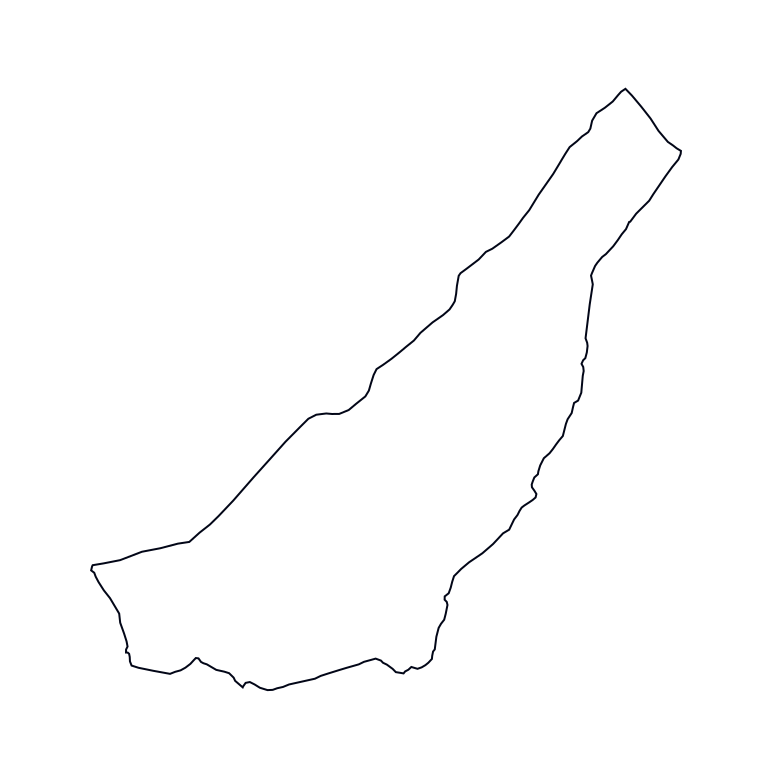 the district of Gällivare, Norrbotten, Sweden, rotated 95°
{"feature_id": "70781695B62555588892194", "entity_name": "Gällivare", "entity_type": "district", "adm_level": 2, "iso_a3": "SWE", "parent_name": "Sweden", "parent_adm1": "Norrbotten", "projection": "mercator", "projection_center": [20.036, 67.205], "detail": "fine", "context": "isolated", "style": "outline", "palette": "ink", "viewbox_px": 768, "rotation_deg": 95, "n_neighbors": 0, "source": "geoboundaries", "source_scale": "gbopen_adm2", "svg_char_len": 3012}
<svg xmlns="http://www.w3.org/2000/svg" viewBox="0 0 768 768"><g transform="rotate(95 384 384)"><path d="M200.9,152.9L192.3,147.6L178.3,135.8L171.5,132.3L152.7,121.8L142.7,115.8L134.7,110.3L128.9,108.5L125.9,108.5L123.7,113.0L121.2,116.8L118.1,122.3L107.9,132.6L96.3,141.6L85.3,151.9L75.0,162.2L68.9,169.2L72.2,173.3L75.7,175.9L82.6,180.7L89.6,188.1L95.7,195.9L103.5,199.6L111.6,200.7L115.3,202.5L120.1,208.3L125.3,212.9L131.8,219.7L138.8,223.4L144.9,226.4L149.1,228.4L160.1,233.8L181.9,246.4L198.2,254.5L206.4,260.0L212.2,263.4L219.3,267.8L226.2,272.2L232.6,279.4L239.8,287.9L243.5,294.0L251.7,300.5L261.9,311.7L266.9,317.4L269.7,319.0L279.8,319.9L287.9,320.0L295.4,320.7L299.0,322.4L304.0,325.2L310.2,331.2L318.4,341.0L329.9,352.2L338.1,358.0L344.9,365.1L350.7,370.9L358.2,378.7L365.0,386.6L369.8,392.7L375.9,395.1L384.7,397.1L391.9,398.5L398.0,401.5L406.5,410.4L413.0,416.9L417.7,426.0L418.4,433.2L418.4,439.0L420.5,448.8L425.2,456.3L434.1,463.8L450.1,477.1L466.4,489.3L488.2,505.7L513.4,524.1L530.0,537.3L539.2,545.2L548.1,554.7L558.3,564.2L561.0,575.4L567.1,592.5L572.2,610.5L582.5,631.6L587.2,647.9L589.9,658.4L591.1,658.9L595.2,659.5L597.3,656.2L601.1,654.4L606.2,651.1L614.0,645.1L621.2,638.3L635.8,627.8L644.8,626.0L655.2,621.2L662.9,618.0L667.9,616.6L671.0,617.8L674.0,617.6L673.9,615.9L675.0,614.4L678.1,613.5L682.5,612.9L686.5,610.9L688.1,603.8L689.8,589.0L691.4,571.9L688.9,566.9L687.0,561.7L683.9,557.1L679.7,552.5L675.4,549.2L673.4,547.6L673.5,544.9L676.8,542.1L677.9,539.6L678.7,536.1L683.4,526.2L684.5,518.0L685.6,513.1L689.6,508.2L692.7,506.4L698.5,498.3L697.6,498.0L693.8,495.8L692.6,491.7L694.6,486.7L697.4,481.2L699.1,473.4L698.4,468.2L696.4,463.9L694.6,458.2L691.6,452.4L683.6,427.1L680.3,421.6L677.3,414.5L673.0,404.0L670.0,396.5L665.5,384.7L662.5,379.7L660.0,372.9L658.3,368.4L659.8,362.9L661.8,360.7L663.3,356.7L667.0,350.6L670.0,347.1L670.3,342.9L670.6,339.3L668.5,337.9L666.5,334.8L663.5,332.1L664.3,328.3L664.8,325.8L663.0,321.8L660.5,318.3L657.8,315.5L653.7,312.3L650.7,312.3L646.2,311.8L644.0,310.3L631.2,309.8L622.2,308.3L617.9,306.3L613.6,303.5L607.6,302.5L598.6,301.5L595.6,302.5L593.6,304.8L590.3,305.0L586.8,301.3L581.1,299.8L575.0,298.8L569.3,297.5L566.0,294.7L561.5,291.0L554.2,283.7L544.0,271.2L533.9,261.4L522.4,252.4L518.2,246.6L507.6,242.6L502.9,239.6L498.6,237.9L495.1,236.1L492.8,233.6L489.3,229.1L486.6,225.8L483.8,223.1L480.3,222.6L477.3,224.8L474.0,227.6L471.3,228.1L468.0,227.3L464.0,226.1L460.5,222.8L457.5,222.6L451.5,221.3L444.0,218.3L438.5,213.0L433.9,210.0L429.2,207.3L424.7,204.5L420.2,201.3L407.9,199.3L403.1,198.0L396.6,194.5L390.6,193.7L386.3,193.0L383.6,189.2L375.5,186.7L366.3,186.7L358.5,186.7L353.7,186.2L349.7,187.0L346.7,189.0L343.0,187.7L340.7,185.7L334.9,184.7L328.4,184.5L325.2,185.2L320.9,187.2L286.8,186.0L266.5,184.7L263.0,185.7L258.0,187.2L255.5,186.5L248.0,184.0L244.5,182.0L238.4,177.7L235.2,174.2L230.7,170.7L226.9,167.7L220.4,163.7L214.1,160.2L208.6,156.4L201.2,153.9L200.9,152.9Z" fill="none" stroke="#020617" stroke-width="2"/></g></svg>